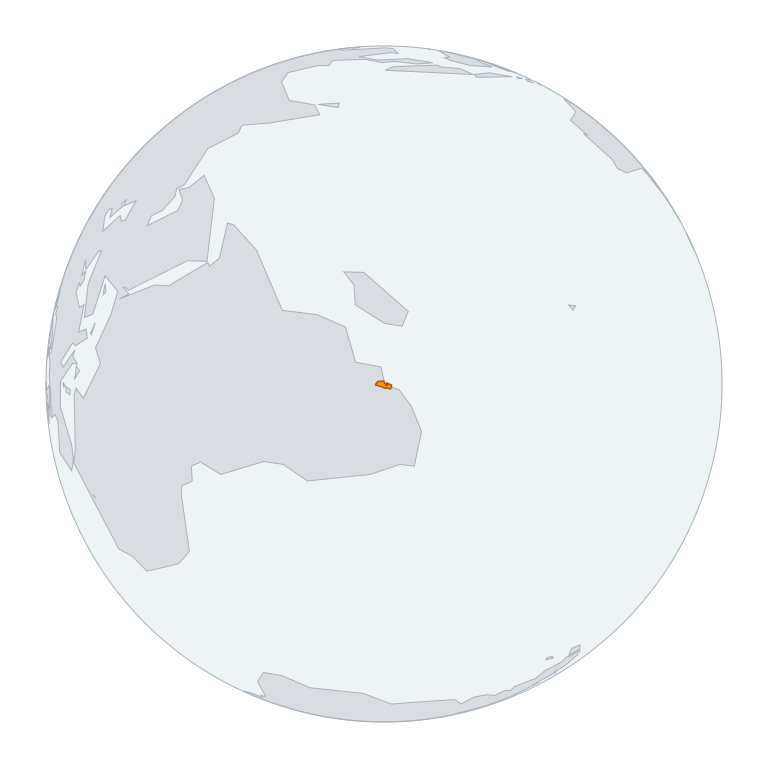 globe centered on Maputo, rotated 288°
{"feature_id": "MOZ-1927", "entity_name": "Maputo", "entity_type": "Province", "adm_level": 1, "iso_a3": "MOZ", "parent_name": "Mozambique", "parent_adm1": "", "projection": "orthographic", "projection_center": [32.628, -25.536], "detail": "fine", "context": "on_globe", "style": "filled", "palette": "amber", "viewbox_px": 768, "rotation_deg": 288, "n_neighbors": 0, "source": "natural_earth", "source_scale": "10m", "svg_char_len": 6642}
<svg xmlns="http://www.w3.org/2000/svg" viewBox="0 0 768 768"><g transform="rotate(288 384 384)"><circle cx="384" cy="384" r="338" fill="#eef3f6" stroke="#a8b0b8"/><path d="M47.8,349.5L48.9,346.3L49.0,356.0L48.4,365.9L50.0,363.1L50.1,368.3L61.9,355.8L72.4,358.4L75.1,377.2L72.2,407.4L83.3,459.7L81.9,490.0L90.8,511.4L105.7,548.8L103.6,556.3L113.8,565.9L120.5,578.4L121.7,585.0L130.2,594.4L131.5,599.1L136.5,601.6L150.9,619.2L161.0,625.6L174.6,638.9L181.2,642.1L181.9,643.9L185.8,647.7L190.2,650.4L186.8,652.1L172.1,643.1L163.1,635.4L163.7,637.1L143.3,618.0L148.5,623.8L125.4,600.6L107.3,577.4L88.1,547.1L76.6,524.3L66.8,500.6L58.9,476.3L52.9,451.4L48.7,426.2L46.5,400.7L46.2,375.1L47.8,349.5ZM196.5,651.0L189.1,653.1L191.4,651.2L182.9,643.6L190.5,644.1L196.5,651.0ZM175.7,629.8L171.8,623.2L173.9,623.4L177.0,628.1L175.7,629.8ZM350.9,47.7L344.5,48.4L340.7,49.1L343.7,49.2L329.7,53.1L319.3,55.2L318.9,52.9L304.1,56.1L309.8,54.3L350.9,47.7ZM393.4,46.2L395.4,46.3L420.4,48.0L445.3,51.7L469.8,57.2L493.9,64.4L517.3,73.5L540.0,84.3L561.9,96.7L582.7,110.7L602.5,126.2L621.0,143.2L638.3,161.5L654.1,181.0L668.5,201.6L681.2,223.3L692.4,245.8L691.9,244.9L693.7,249.2L688.5,238.2L688.6,241.5L703.9,280.6L705.9,289.2L702.7,295.2L701.4,288.2L687.6,259.0L690.1,277.9L700.7,305.9L704.6,331.2L698.6,316.6L694.1,294.2L689.2,283.3L686.9,265.8L675.9,235.3L669.6,233.1L666.6,223.1L650.5,196.4L639.5,193.3L624.4,206.2L628.0,231.9L620.3,239.6L596.7,194.2L586.3,169.0L577.7,167.9L553.5,143.7L511.5,132.4L505.7,126.4L497.7,127.2L480.7,119.6L471.8,110.7L461.5,110.0L485.3,134.2L496.4,135.6L505.8,129.0L510.4,137.7L526.8,148.4L508.3,165.3L446.1,177.7L440.3,158.7L394.4,112.1L396.0,107.7L395.8,107.2L395.2,106.3L390.8,113.5L383.0,105.9L407.2,135.1L411.1,149.1L445.2,178.8L442.0,181.6L453.0,188.6L488.8,185.4L488.9,191.9L471.9,221.3L422.6,264.6L429.3,299.2L426.2,329.8L396.0,350.2L399.2,375.8L383.7,385.1L383.1,400.3L371.0,417.1L350.6,434.3L315.2,438.2L312.4,424.0L293.9,399.1L268.1,341.2L276.4,312.9L273.1,293.5L247.5,256.7L253.1,233.6L246.3,226.2L232.4,231.6L224.7,223.2L216.4,225.3L164.7,250.6L149.5,244.1L132.7,216.4L142.4,198.0L145.2,182.7L213.1,113.4L226.4,110.6L278.5,92.5L284.8,92.6L277.5,102.4L315.7,108.0L329.4,98.5L365.2,102.8L389.8,102.2L400.7,85.3L360.4,85.5L354.7,78.5L387.9,71.7L423.2,74.1L422.1,71.6L400.8,65.2L409.9,61.8L393.5,63.1L399.4,65.4L389.3,66.7L383.3,64.8L386.7,63.3L376.4,62.5L362.5,70.8L367.0,74.1L339.2,77.5L344.1,83.7L336.1,87.6L325.0,78.8L326.9,75.2L305.3,69.8L300.8,73.6L320.9,79.4L314.2,79.5L308.2,86.3L307.4,81.3L286.8,75.5L262.3,83.2L229.4,105.9L215.6,112.1L204.8,113.8L218.6,96.8L248.1,85.3L253.4,80.6L249.1,78.4L258.4,75.6L260.2,73.7L271.5,70.2L289.0,62.9L300.7,60.0L309.1,55.7L316.3,54.1L309.2,56.8L310.6,57.8L339.9,53.4L346.0,52.1L349.1,50.1L356.8,49.8L356.1,48.5L373.7,47.2L351.6,48.2L354.7,47.4L360.4,46.9L393.4,46.2ZM188.6,141.1L186.5,145.5L188.6,141.1ZM460.4,87.4L481.7,91.5L472.6,81.1L480.1,82.2L474.2,78.7L471.8,80.4L457.6,71.8L467.0,71.3L464.6,68.2L457.3,66.7L442.4,69.3L462.7,81.1L457.6,83.9L460.4,87.4ZM259.3,70.2L262.6,69.3L257.4,71.8L242.6,78.0L249.9,74.2L259.3,70.2ZM268.4,67.7L272.2,65.1L281.5,62.0L275.6,64.0L281.5,62.2L273.5,65.1L278.8,65.7L274.6,68.1L249.5,76.7L260.0,72.2L256.2,73.0L268.4,67.7ZM292.8,88.1L297.8,87.6L305.9,85.9L302.3,90.6L292.8,88.1ZM278.3,84.0L283.0,82.6L281.8,87.4L276.6,88.4L278.3,84.0ZM286.5,78.1L283.3,82.1L281.9,80.5L286.5,78.1ZM313.7,55.8L318.8,54.7L318.9,55.0L315.7,56.2L313.7,55.8ZM393.3,87.9L385.7,91.0L382.2,89.5L385.5,88.7L393.3,87.9ZM341.4,89.2L352.8,90.5L340.3,90.5L341.4,89.2ZM516.3,535.2L517.5,542.0L512.6,540.8L516.3,535.2ZM483.9,330.3L460.6,384.7L444.6,383.4L441.8,365.8L450.5,332.2L469.1,324.7L478.2,311.1L483.9,330.3ZM716.5,425.5L716.6,432.2L716.4,433.4L716.5,425.5ZM716.7,414.9L717.4,421.4L716.0,417.1L716.7,414.9ZM717.6,423.9L718.2,427.3L718.5,427.6L718.1,430.2L717.6,423.9ZM715.9,411.0L708.4,389.4L704.4,377.5L706.2,374.0L712.6,388.6L715.9,411.0ZM705.8,373.2L698.6,346.2L682.8,288.3L688.6,294.5L703.9,336.5L703.1,339.9L707.5,358.9L705.8,373.2ZM719.9,376.5L718.9,388.9L715.6,375.9L713.6,368.4L712.3,347.4L713.1,340.7L715.0,345.2L717.9,333.4L719.8,346.5L719.9,353.3L721.2,370.0L719.9,376.5ZM629.6,235.0L637.4,254.6L632.7,254.8L629.6,235.0ZM716.5,323.9L716.8,325.9L716.2,322.2L716.5,323.9ZM696.8,257.0L695.0,253.9L693.3,249.6L694.6,251.3L696.8,257.0ZM610.7,634.6L606.7,638.1L608.7,636.0L621.3,624.4L616.9,628.8L610.7,634.6ZM630.4,615.3L629.9,615.7L637.2,607.3L652.6,588.5L651.5,589.2L657.8,581.7L653.7,586.0L662.8,573.1L668.8,562.1L659.7,549.6L661.0,539.4L667.9,531.9L683.4,497.1L683.7,500.0L692.5,479.8L702.0,482.5L711.1,466.5L708.0,479.9L708.3,479.0L699.9,504.0L689.6,528.3L677.4,551.7L663.4,574.1L647.7,595.3L630.4,615.3ZM717.2,440.4L716.5,440.3L717.7,437.1L717.4,438.8L717.2,440.4ZM721.9,389.5L721.7,391.3L720.8,410.3L720.3,413.9L721.4,393.8L720.1,407.8L719.9,404.3L720.8,389.1L721.5,376.1L721.7,372.6L721.8,375.3L721.9,379.2L721.6,376.5L721.7,387.2L721.9,388.8L721.9,389.5Z" fill="#d9dde1" stroke="#a8b0b8" stroke-width="1"/><path d="M381.3,391.7L381.3,390.2L381.3,389.7L381.0,389.2L380.9,388.4L380.9,388.2L381.1,387.8L381.1,387.6L381.1,387.4L381.0,387.2L381.0,386.8L380.7,386.7L380.4,386.5L380.2,385.8L380.2,385.6L380.4,384.9L380.5,384.8L380.6,384.7L380.6,384.1L380.5,383.9L380.5,383.7L380.5,383.3L380.6,383.0L380.6,381.8L380.6,380.8L380.6,380.1L380.6,379.1L380.5,378.3L380.6,377.9L380.6,377.4L380.4,377.0L380.2,376.6L380.3,376.5L381.0,376.2L381.6,376.3L381.9,376.4L382.0,376.4L382.1,376.5L382.7,376.6L382.8,376.6L383.2,377.0L383.4,377.1L383.5,377.2L383.8,377.2L384.0,377.2L384.4,377.3L384.5,377.4L384.4,377.5L384.5,378.1L384.7,378.4L385.0,378.9L385.1,379.0L385.2,379.3L385.3,379.4L385.6,379.5L385.6,380.0L385.6,380.3L385.6,381.1L385.8,381.2L386.0,381.3L386.0,381.5L386.0,381.8L386.0,382.0L386.4,382.1L386.5,382.1L386.7,382.3L386.7,382.5L386.7,382.8L386.7,383.1L385.3,384.0L385.2,384.2L384.9,384.6L384.8,384.9L384.7,385.2L384.6,385.4L384.6,385.7L384.4,385.7L384.4,385.8L384.3,386.0L384.2,386.2L383.6,385.9L383.5,386.3L383.4,386.4L383.3,386.5L383.2,386.5L383.2,386.8L383.3,386.8L383.3,386.6L383.5,386.6L383.6,386.8L383.8,386.9L383.9,387.0L384.0,387.1L384.1,387.3L384.2,387.5L384.3,387.8L384.5,387.8L384.8,388.1L385.0,388.3L385.3,388.4L385.3,388.2L385.3,387.9L385.4,387.7L385.4,387.4L385.5,387.3L385.7,387.2L385.7,387.4L385.6,388.3L385.5,389.9L385.5,390.4L385.4,390.5L385.4,390.8L385.4,391.3L385.3,391.5L384.6,391.8L383.8,391.8L383.2,391.8L382.6,391.8L382.3,391.8L381.9,391.7L381.7,391.7L381.3,391.7ZM385.5,387.1L385.4,386.9L385.5,386.7L385.9,386.6L385.8,386.8L385.8,387.0L385.7,387.1L385.6,386.9L385.5,387.1Z" fill="#f59e0b" stroke="#b45309" stroke-width="1.5"/></g></svg>